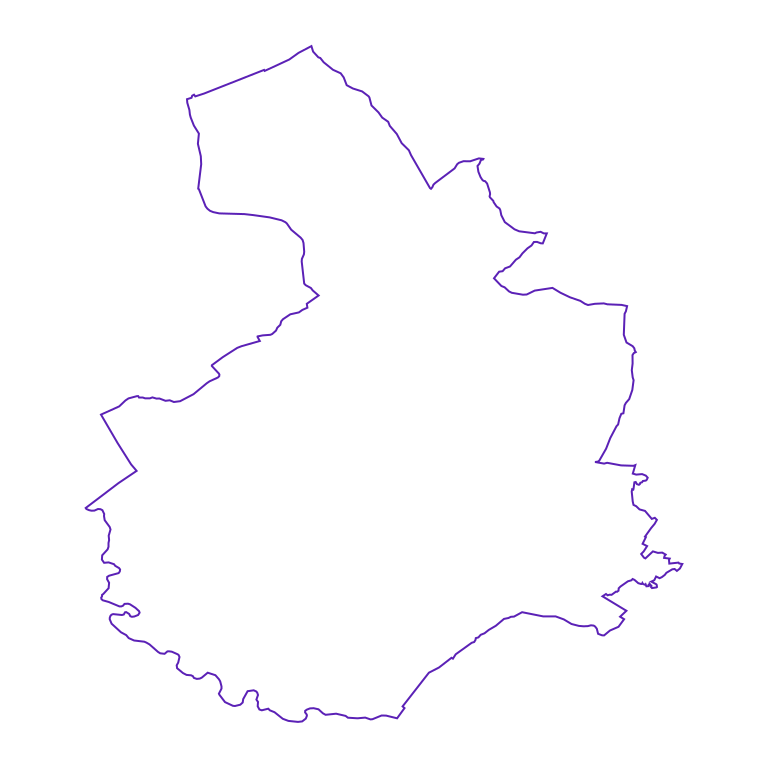 Samarinesti, Gorj, Romania (Robinson projection)
{"feature_id": "2599482B36572615810111", "entity_name": "Samarinesti", "entity_type": "district", "adm_level": 2, "iso_a3": "ROU", "parent_name": "Romania", "parent_adm1": "Gorj", "projection": "robinson", "projection_center": [23.051, 44.772], "detail": "fine", "context": "isolated", "style": "outline", "palette": "violet", "viewbox_px": 768, "rotation_deg": 0, "n_neighbors": 0, "source": "geoboundaries", "source_scale": "gbopen_adm2", "svg_char_len": 6098}
<svg xmlns="http://www.w3.org/2000/svg" viewBox="0 0 768 768"><path d="M635.3,465.1L633.5,465.8L621.1,465.4L607.1,462.8L604.1,463.6L595.0,462.0L598.0,461.6L599.3,460.6L606.1,448.7L610.3,438.0L616.5,426.2L618.1,424.5L619.5,418.2L621.3,413.8L623.4,413.3L624.6,405.3L625.9,402.9L629.2,399.1L632.3,390.0L633.6,380.2L632.7,377.4L631.8,370.2L632.6,363.5L632.5,355.1L633.8,353.1L635.8,352.1L634.8,350.6L634.3,348.3L632.7,346.2L626.5,342.5L623.8,334.8L624.6,313.8L625.9,311.3L627.1,306.1L621.5,304.9L607.4,304.3L603.8,303.4L594.9,303.8L588.0,305.0L584.9,303.8L580.4,300.9L570.0,297.3L560.4,292.7L552.5,287.9L534.7,290.6L526.7,294.5L522.9,294.7L511.8,292.8L509.0,291.4L504.6,287.3L501.4,286.0L494.0,278.3L499.1,271.7L502.6,271.2L505.1,268.3L510.0,266.5L515.9,259.7L519.5,257.3L522.4,253.4L527.5,248.3L531.5,245.5L533.9,242.0L537.0,241.9L540.8,243.3L542.8,243.4L546.8,233.4L543.8,233.4L540.6,231.8L536.5,232.5L534.9,233.3L519.2,231.3L514.5,229.3L504.8,222.1L501.3,215.2L500.3,210.2L499.5,208.5L496.6,206.5L493.7,202.3L493.3,200.9L490.0,197.4L489.6,196.4L490.1,194.1L489.9,192.3L487.1,183.5L485.1,181.2L483.4,180.8L482.2,179.7L480.5,177.0L478.4,171.8L477.5,166.0L479.5,163.6L480.9,160.1L483.2,159.4L483.4,158.9L478.9,158.4L470.1,161.3L463.5,161.2L458.9,162.8L457.2,164.2L454.6,168.4L435.2,183.0L433.5,184.6L432.3,187.3L431.0,188.8L430.0,188.1L411.0,155.1L408.9,150.3L401.7,143.2L396.8,134.0L389.8,125.9L388.2,121.8L382.2,117.6L378.5,112.4L371.5,105.5L369.4,97.5L368.6,96.3L362.1,91.4L352.9,88.5L346.7,85.2L343.7,77.4L340.7,73.3L333.0,69.8L323.7,62.3L320.3,58.0L318.3,57.3L313.1,51.6L311.4,46.1L298.5,52.9L289.3,59.5L264.7,70.9L264.1,69.9L204.2,93.5L195.3,96.4L194.0,94.7L192.2,95.7L191.5,97.8L187.0,99.2L187.3,102.8L189.4,110.0L189.9,114.5L190.7,117.5L193.9,125.6L198.9,133.6L197.9,143.8L200.8,156.2L201.2,164.2L198.2,188.7L198.9,189.2L205.6,206.4L207.4,208.7L210.0,210.8L213.2,212.1L219.3,213.4L244.4,214.1L253.3,215.1L269.7,217.4L281.6,220.3L285.4,222.2L286.8,223.4L291.2,229.7L300.7,237.7L302.6,240.0L303.5,243.0L304.2,251.7L303.9,254.4L301.9,258.9L301.7,261.5L304.2,283.6L305.7,285.2L310.9,288.0L312.7,290.4L318.6,295.5L306.8,303.8L307.4,307.7L302.4,309.9L298.9,312.4L290.3,314.3L283.0,319.2L281.2,321.3L280.3,324.8L277.3,327.7L276.0,330.6L272.2,334.0L270.4,334.8L262.6,335.4L257.6,336.4L257.5,336.8L259.8,341.0L241.5,346.2L237.2,347.9L222.7,357.2L211.9,365.2L211.8,365.9L212.2,366.4L218.9,373.6L219.4,374.6L219.2,376.2L217.9,377.5L209.6,381.3L206.7,383.3L193.5,394.2L180.1,401.2L173.9,402.0L169.7,400.3L165.5,400.8L159.4,398.5L156.5,398.6L152.4,397.4L150.0,398.3L145.0,398.3L142.7,397.5L139.0,397.5L138.2,396.1L137.1,396.1L128.5,398.4L125.4,400.5L119.2,406.4L101.0,414.6L117.5,442.9L131.1,464.4L136.6,470.9L118.5,483.1L85.7,508.0L86.4,509.0L88.9,510.1L91.4,510.7L94.4,510.6L98.0,509.0L100.5,509.2L102.4,510.2L104.2,514.0L104.0,516.0L104.7,520.2L109.7,527.0L110.5,529.5L108.7,535.7L109.1,540.1L108.5,543.0L108.5,546.8L107.6,549.4L102.2,555.3L101.9,559.6L104.1,562.8L108.6,562.4L114.0,564.2L115.2,565.8L119.1,568.1L120.1,569.5L119.8,571.5L118.6,573.1L109.1,575.7L107.2,576.9L107.1,579.2L109.1,582.8L108.6,588.2L103.2,594.1L102.1,594.8L102.0,596.4L101.2,597.7L101.5,599.2L102.8,600.3L108.8,602.0L119.4,606.4L121.3,606.4L123.0,605.7L124.5,603.9L128.0,603.7L130.0,604.3L135.4,607.8L139.1,611.2L139.6,612.7L138.1,615.0L134.3,616.5L131.9,616.8L130.3,616.2L129.2,614.0L126.2,612.1L125.0,612.3L123.8,614.5L121.9,615.0L113.1,614.1L111.5,614.7L110.5,615.8L109.8,617.6L109.7,619.2L111.6,623.7L121.0,632.3L126.2,635.1L128.7,638.1L134.1,640.5L144.3,641.7L146.4,642.6L149.5,644.4L158.0,651.9L160.2,653.3L164.6,653.8L167.4,651.4L168.9,651.3L171.8,651.7L177.7,654.3L178.6,655.0L179.5,657.0L178.2,662.6L176.7,665.3L177.1,668.2L182.9,673.0L186.5,674.9L191.1,675.3L192.9,676.2L193.9,677.9L196.8,678.9L199.7,678.6L201.7,677.7L207.7,672.7L215.4,675.2L219.0,679.3L220.2,681.4L221.5,686.4L221.5,688.6L218.9,693.7L219.5,694.9L225.0,702.1L232.9,705.8L235.0,706.0L240.3,704.7L242.7,702.5L243.2,699.1L247.6,691.2L253.7,690.3L256.3,691.5L257.2,692.6L258.0,695.0L256.4,699.6L258.0,701.9L257.7,706.3L259.4,709.5L261.8,710.3L268.3,708.7L269.8,710.3L274.5,712.2L282.8,718.8L288.4,720.9L298.0,721.9L302.2,721.4L305.8,718.6L306.9,715.8L306.7,714.5L305.1,712.4L305.2,710.8L306.9,709.6L310.0,708.4L313.6,708.2L318.5,709.3L322.9,713.3L325.6,714.8L336.1,713.7L345.6,715.9L347.9,717.7L357.5,718.3L365.2,717.6L370.5,719.4L372.5,719.2L381.6,715.5L386.1,715.6L397.1,718.3L404.5,708.1L402.6,706.4L428.9,672.7L439.0,667.5L451.5,657.8L452.9,658.7L455.7,654.3L471.7,642.8L474.2,642.0L475.5,639.9L475.8,638.1L478.4,637.4L480.7,634.8L484.5,633.3L488.8,629.9L495.8,625.8L504.0,618.9L508.5,618.0L510.9,616.8L514.0,616.6L522.1,612.2L543.2,616.4L555.6,616.4L563.8,619.4L571.5,624.0L578.9,625.9L583.6,626.3L587.9,626.1L591.0,625.3L593.7,625.6L595.1,626.5L596.8,628.7L598.1,633.8L602.0,635.3L604.1,635.4L610.0,630.5L618.5,626.8L624.1,619.2L620.1,616.7L626.4,610.8L602.5,596.3L606.0,594.0L607.6,595.3L609.6,594.7L611.6,594.8L616.0,591.6L617.0,591.8L618.5,590.7L618.7,588.3L620.5,586.5L627.9,581.3L631.4,580.3L632.6,579.0L634.5,579.9L638.3,583.2L641.1,584.0L642.0,583.9L642.4,583.0L643.0,584.0L645.2,584.8L645.6,584.3L646.4,586.3L648.6,586.1L649.0,585.6L648.7,584.8L649.3,584.5L649.5,583.7L651.5,586.0L650.9,586.9L652.0,588.1L656.5,587.4L657.0,587.0L656.7,584.9L656.3,584.3L651.3,581.6L654.3,580.2L656.1,576.5L659.6,578.2L661.9,577.1L664.8,574.9L666.4,572.8L672.3,569.3L674.6,569.0L676.9,570.9L679.9,568.5L682.3,564.0L679.2,563.5L678.5,562.6L669.3,563.6L669.0,560.0L669.7,558.6L664.1,557.9L664.5,556.1L665.7,554.6L662.2,552.6L657.9,552.9L652.9,551.4L645.4,558.4L644.0,557.7L641.2,554.0L643.7,551.4L647.1,546.1L642.6,543.8L645.9,537.1L645.0,536.6L651.1,528.1L654.6,523.9L656.9,519.9L654.8,517.8L651.8,518.9L645.0,510.9L639.5,509.4L636.2,506.2L633.5,504.9L632.7,501.3L631.7,491.5L632.2,489.2L633.3,489.6L633.5,488.9L634.4,482.3L635.7,482.0L636.9,484.1L638.9,484.8L639.8,484.2L640.3,482.8L642.0,482.3L642.9,481.0L645.8,480.6L646.8,479.7L647.7,477.7L645.8,475.6L642.1,474.1L636.2,474.6L632.8,473.6L635.3,465.1Z" fill="none" stroke="#5b21b6" stroke-width="2"/></svg>